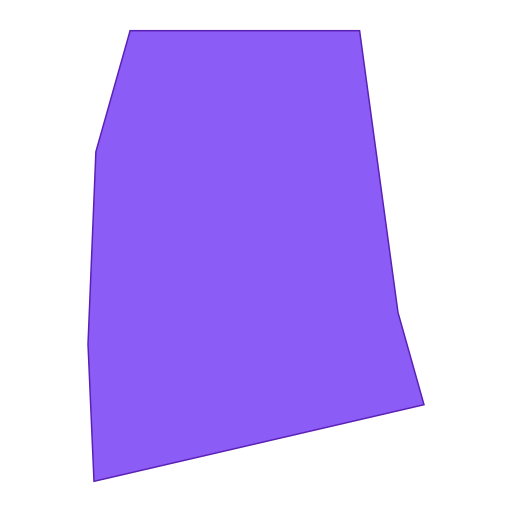 outline of 22, Ad Dawhah, Qatar
{"feature_id": "91078587B26591597392685", "entity_name": "22", "entity_type": "district", "adm_level": 2, "iso_a3": "QAT", "parent_name": "Qatar", "parent_adm1": "Ad Dawhah", "projection": "equal_earth", "projection_center": [51.508, 25.289], "detail": "fine", "context": "isolated", "style": "filled", "palette": "violet", "viewbox_px": 512, "rotation_deg": 0, "n_neighbors": 0, "source": "geoboundaries", "source_scale": "gbopen_adm2", "svg_char_len": 245}
<svg xmlns="http://www.w3.org/2000/svg" viewBox="0 0 512 512"><path d="M424.0,404.7L398.0,312.5L359.6,30.7L135.5,30.7L130.0,30.7L129.8,31.8L95.9,151.7L88.0,344.2L94.0,481.3L424.0,404.7Z" fill="#8b5cf6" stroke="#5b21b6" stroke-width="1.5"/></svg>